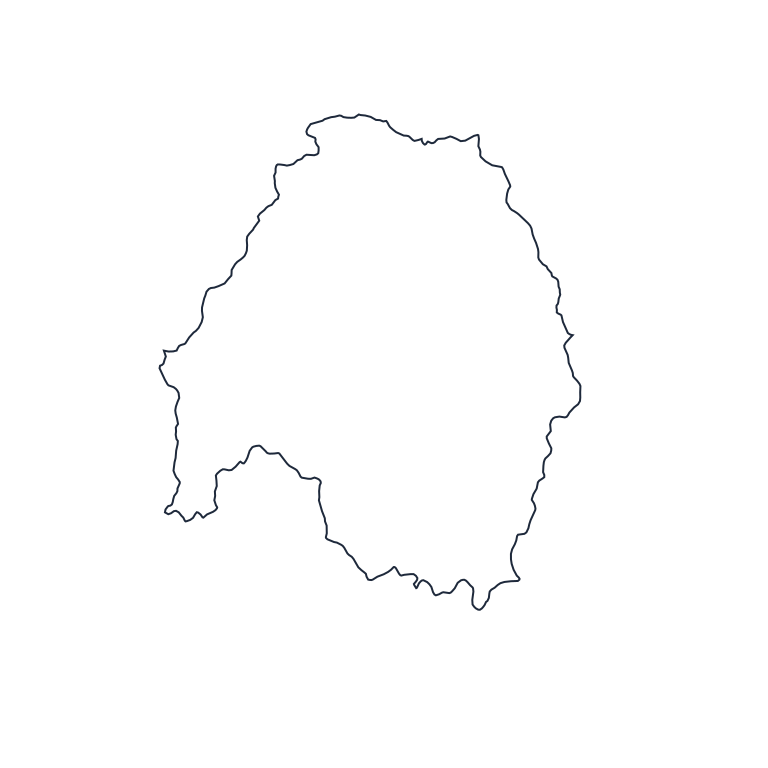 Ngan Son, Bắc Kạn, Vietnam, rotated 134°
{"feature_id": "81297802B68784640933993", "entity_name": "Ngan Son", "entity_type": "district", "adm_level": 2, "iso_a3": "VNM", "parent_name": "Vietnam", "parent_adm1": "Bắc Kạn", "projection": "orthographic", "projection_center": [106.019, 22.43], "detail": "fine", "context": "isolated", "style": "outline", "palette": "slate", "viewbox_px": 768, "rotation_deg": 134, "n_neighbors": 0, "source": "geoboundaries", "source_scale": "gbopen_adm2", "svg_char_len": 6166}
<svg xmlns="http://www.w3.org/2000/svg" viewBox="0 0 768 768"><g transform="rotate(134 384 384)"><path d="M193.2,565.1L195.7,567.0L197.0,570.2L199.6,573.2L201.1,579.1L203.9,584.0L206.9,587.8L207.6,589.3L212.9,590.4L215.2,592.4L218.0,595.5L220.2,598.6L220.8,601.1L221.8,602.6L225.8,605.0L228.8,607.4L234.8,610.7L237.3,611.1L248.0,617.3L252.7,616.6L254.4,616.1L256.4,615.1L257.7,612.9L257.6,611.2L254.9,604.6L255.5,603.2L257.4,601.7L258.5,599.1L259.0,595.8L259.4,595.2L261.5,593.2L263.7,591.6L265.5,591.8L267.9,593.1L272.9,599.0L275.4,599.8L279.1,599.6L280.9,600.3L283.1,601.7L288.7,602.0L292.0,603.9L294.4,605.6L295.6,607.6L298.1,611.0L299.8,612.9L301.0,613.2L302.4,612.8L304.4,611.6L307.2,608.9L310.6,607.7L313.8,603.5L315.4,602.1L318.3,598.4L319.8,594.6L320.8,591.1L322.8,590.1L324.2,589.0L327.2,589.9L333.1,589.2L336.4,590.7L338.9,591.1L342.0,590.9L347.6,591.6L351.1,591.1L353.2,587.2L362.2,586.0L363.9,585.4L369.5,585.3L373.0,584.8L375.8,582.7L379.3,578.8L383.4,575.3L385.8,574.2L388.7,573.3L391.0,573.3L393.8,573.6L398.1,574.4L401.3,574.3L407.8,572.8L410.7,570.2L412.1,569.1L416.8,569.0L422.4,568.5L428.5,571.0L432.5,573.0L435.2,575.2L437.3,576.0L440.9,575.8L444.6,573.9L447.3,572.8L455.3,568.1L457.8,565.8L461.8,560.7L466.1,558.2L472.5,556.3L476.5,556.2L479.2,556.7L485.8,556.5L492.8,555.1L494.0,555.4L496.9,557.1L498.9,557.8L501.3,557.3L504.0,556.4L507.0,558.3L510.3,561.5L512.9,565.5L515.8,560.0L518.7,558.8L522.5,556.8L524.5,556.9L526.4,557.8L528.6,556.4L533.1,544.7L534.6,539.6L534.7,538.1L532.4,533.1L532.1,530.3L532.3,528.3L533.1,525.6L536.3,521.6L540.3,520.1L544.8,518.0L548.0,515.8L550.0,513.3L552.1,509.7L555.8,504.4L558.3,504.0L559.9,503.5L562.6,500.6L565.2,498.6L567.8,495.0L568.2,492.7L570.6,490.7L576.3,487.2L582.0,482.5L585.8,480.3L592.6,475.2L594.2,471.9L595.4,468.7L595.7,465.8L596.4,462.8L597.4,461.9L602.6,460.0L604.6,458.2L606.8,457.5L610.2,457.2L613.2,455.6L615.6,454.0L618.0,452.9L619.9,453.2L621.6,454.4L622.9,454.4L626.0,454.0L628.5,452.4L627.5,448.7L624.9,447.4L621.4,446.8L619.7,445.5L618.9,442.5L619.5,438.0L619.5,435.6L620.7,432.3L620.7,431.3L619.5,430.5L616.4,429.0L612.9,428.4L608.8,429.4L606.3,429.6L605.6,428.4L605.3,425.3L606.0,421.9L605.6,421.1L600.7,420.7L594.7,418.2L591.8,417.6L589.5,417.8L588.6,418.3L587.9,420.8L585.5,425.3L581.8,427.7L578.8,431.0L573.6,433.4L569.9,437.4L566.6,441.4L564.5,441.8L560.1,441.5L557.3,440.7L556.1,439.3L553.9,435.7L551.7,433.9L546.5,433.3L540.5,433.6L539.6,433.3L539.3,430.8L538.5,429.7L537.4,429.7L535.3,430.0L531.8,431.1L525.4,434.2L521.2,434.8L519.8,434.4L517.2,432.8L515.0,430.9L514.5,429.5L514.6,422.0L514.8,420.7L514.5,419.5L513.6,417.9L510.4,414.8L507.2,412.2L506.7,411.0L508.4,399.7L508.6,398.1L508.6,395.1L506.9,388.8L506.6,386.8L507.2,383.7L508.6,379.7L508.5,378.1L504.9,372.8L503.0,370.7L499.6,369.0L498.6,366.9L497.9,364.8L497.9,363.4L498.1,362.0L499.1,360.7L501.6,359.8L506.1,356.3L510.3,351.9L512.9,350.0L518.5,340.3L521.7,333.3L523.8,331.0L525.7,326.9L531.2,321.4L534.6,319.4L535.0,318.8L535.0,316.8L532.4,310.2L530.8,307.7L529.4,303.1L529.1,301.3L529.4,298.9L531.3,292.6L531.3,290.3L530.7,287.2L531.0,284.5L533.7,275.1L533.6,270.9L533.2,267.2L533.1,265.2L534.7,262.7L535.7,259.5L534.8,258.1L533.7,256.8L532.5,256.2L527.2,254.9L521.0,252.0L516.3,250.5L512.7,249.9L509.0,249.9L508.3,249.2L508.2,247.6L510.0,241.4L510.2,239.5L509.8,238.5L507.2,236.9L502.3,232.8L500.2,230.6L499.8,227.8L500.4,225.2L501.8,224.2L503.8,223.8L507.1,223.6L507.6,222.6L508.5,219.0L508.1,218.8L506.8,219.1L503.1,220.4L500.4,220.5L498.9,220.2L497.8,219.4L496.5,215.3L496.5,212.2L497.1,208.9L499.7,204.1L500.4,201.5L500.0,199.9L497.0,198.3L493.9,197.4L492.6,196.7L489.0,191.7L487.7,191.1L485.9,191.0L481.8,191.2L475.8,192.9L471.6,192.2L469.9,191.1L469.0,190.2L468.5,188.5L468.5,186.2L468.9,182.2L468.8,178.8L469.2,177.9L471.2,175.5L478.0,170.5L481.1,167.1L481.6,164.4L481.6,162.1L480.9,159.5L479.8,158.2L477.5,157.7L475.3,157.8L473.1,158.1L469.9,159.2L468.2,158.9L465.0,160.0L461.5,162.7L459.8,163.8L457.3,163.9L453.7,162.9L449.6,162.6L446.4,161.9L442.8,159.9L437.6,155.6L432.7,150.9L430.7,150.7L430.0,151.1L429.6,152.6L429.6,155.4L427.6,161.7L424.7,167.2L421.9,170.9L418.0,174.7L413.9,177.0L408.3,178.6L404.6,180.2L401.0,182.6L399.3,182.9L394.2,178.9L391.8,178.5L387.5,179.9L383.9,182.1L380.2,183.9L369.7,187.6L368.4,188.5L366.8,190.8L365.6,193.3L364.7,197.2L363.8,197.9L359.4,200.0L353.2,201.5L347.8,205.0L345.6,205.2L341.8,204.3L339.7,204.0L338.1,205.5L336.9,208.3L332.1,212.5L329.2,214.7L327.2,215.7L325.5,216.2L322.0,216.0L318.2,216.1L315.7,217.5L314.0,219.0L312.2,224.2L310.0,229.2L308.7,230.5L302.0,231.3L297.7,236.4L294.2,238.2L291.1,238.5L289.2,237.9L285.6,235.2L282.4,230.7L280.8,229.8L278.6,230.0L275.8,230.8L268.8,231.0L263.7,230.3L260.1,231.2L257.4,233.4L253.7,237.1L249.0,241.3L248.1,243.5L247.5,247.5L247.3,252.2L246.9,253.6L244.9,255.9L243.7,258.2L240.5,265.8L237.2,269.7L235.5,272.1L232.6,279.3L231.1,281.1L228.1,281.9L221.3,282.2L217.8,282.2L218.7,283.6L219.3,285.2L219.6,287.2L215.1,298.3L211.4,304.0L211.4,305.1L212.3,307.6L212.5,309.4L210.5,311.2L209.3,313.0L207.7,314.4L205.6,314.6L204.0,315.5L201.1,317.7L198.6,318.7L197.3,319.3L196.1,321.0L193.8,323.4L192.7,326.0L189.4,329.7L188.5,331.6L188.5,333.4L189.7,337.7L189.3,338.7L187.9,340.7L187.6,346.0L186.5,348.8L187.5,352.9L186.8,359.0L185.8,360.9L181.9,364.5L179.9,367.0L176.9,372.6L175.1,377.0L173.2,380.9L169.7,385.9L168.6,388.9L168.3,392.2L168.4,404.6L168.6,406.9L169.3,410.5L170.0,412.9L170.0,415.5L168.5,420.3L168.3,421.9L166.6,423.9L161.5,427.7L157.7,429.7L154.3,430.3L153.4,431.4L151.8,435.2L148.9,443.0L146.8,447.2L146.1,449.6L146.5,450.5L151.5,458.1L153.3,465.6L153.4,471.9L152.8,473.5L149.9,476.1L148.7,477.9L147.4,481.3L141.8,485.9L139.5,488.9L139.7,489.6L142.9,491.6L152.5,494.6L156.0,497.5L157.3,502.1L159.0,506.6L160.0,508.4L165.3,510.9L170.1,515.3L172.3,515.6L174.9,515.5L176.6,516.1L177.8,517.2L179.1,520.8L180.3,520.9L182.0,520.5L183.4,520.9L183.6,521.5L183.6,523.4L182.8,525.7L181.5,527.2L184.5,528.7L187.9,530.9L188.2,531.7L188.5,532.9L188.5,537.4L188.7,538.6L189.7,540.2L191.6,542.4L194.4,550.2L194.8,553.9L195.0,557.9L194.7,559.7L193.5,563.2L193.2,565.1Z" fill="none" stroke="#1e293b" stroke-width="2"/></g></svg>